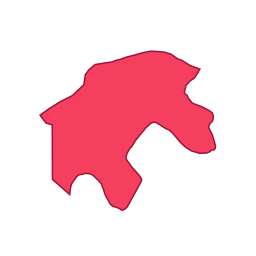 the district of Wuli East, Upper River, Gambia, rotated 334°
{"feature_id": "56634734B89687119950058", "entity_name": "Wuli East", "entity_type": "district", "adm_level": 2, "iso_a3": "GMB", "parent_name": "Gambia", "parent_adm1": "Upper River", "projection": "albers", "projection_center": [-13.986, 13.484], "detail": "fine", "context": "isolated", "style": "filled", "palette": "rose", "viewbox_px": 256, "rotation_deg": 334, "n_neighbors": 0, "source": "geoboundaries", "source_scale": "gbopen_adm2", "svg_char_len": 2327}
<svg xmlns="http://www.w3.org/2000/svg" viewBox="0 0 256 256"><g transform="rotate(334 128 128)"><path d="M46.5,162.2L47.4,160.7L48.5,158.9L49.2,157.9L50.3,156.3L50.7,156.0L52.2,154.0L55.2,152.0L58.4,150.5L59.6,149.6L60.7,149.2L62.8,148.6L64.3,148.9L67.8,149.7L68.3,149.8L69.3,150.0L70.5,150.5L71.4,151.1L71.6,151.2L73.3,152.2L74.5,153.3L74.9,154.0L75.7,155.1L76.5,156.9L77.3,159.4L78.1,161.4L79.6,166.5L79.3,168.6L79.2,171.1L79.1,172.1L78.6,175.3L78.3,177.6L78.2,179.8L78.2,180.3L78.2,181.1L78.5,183.3L78.6,185.8L78.6,187.8L79.0,189.3L79.4,190.4L80.3,192.2L80.8,192.3L83.3,194.8L84.7,196.2L85.9,198.5L86.3,199.0L87.3,199.5L90.3,199.4L92.2,198.8L94.0,197.7L115.4,182.6L116.9,181.4L117.8,179.9L117.7,178.5L117.3,175.4L116.8,173.3L116.6,172.8L115.8,170.0L115.6,169.1L114.1,163.9L112.9,156.1L113.2,153.2L114.3,152.4L115.5,150.8L120.9,147.1L122.9,146.5L131.0,141.5L131.1,141.3L131.4,141.5L144.0,135.7L150.8,133.8L152.7,133.8L153.6,134.0L154.0,134.1L155.9,135.6L157.4,138.1L158.3,139.5L159.2,141.0L162.1,145.8L163.8,147.3L165.8,151.9L166.3,154.0L167.9,160.1L168.9,164.3L169.2,165.1L170.0,167.1L171.2,170.2L172.5,172.4L174.8,176.2L179.0,180.0L181.3,182.4L181.9,182.4L187.5,184.9L190.9,185.2L192.5,184.6L194.8,184.8L195.9,185.4L197.6,184.4L198.8,182.5L199.2,180.5L200.8,171.0L200.6,163.3L200.8,162.9L201.7,161.6L203.9,159.8L207.3,158.6L208.9,156.5L210.0,154.5L210.3,152.0L210.3,151.2L209.0,148.5L204.8,142.7L203.3,140.8L200.5,137.9L198.2,135.5L198.0,135.3L196.5,133.2L196.3,132.1L196.2,131.7L195.2,127.1L195.5,125.3L195.4,124.9L195.2,124.0L194.4,122.8L194.4,120.4L194.9,119.9L198.6,115.4L198.8,115.1L204.3,113.0L210.1,112.0L218.4,106.6L211.5,99.4L205.6,90.2L203.0,87.7L202.9,87.6L199.0,80.4L194.4,76.2L193.7,75.6L191.9,74.5L191.6,74.3L188.7,72.5L188.0,72.1L181.8,68.8L175.3,67.1L169.8,66.0L169.1,65.9L156.9,63.5L151.2,62.9L150.6,62.8L146.3,61.8L145.7,61.8L145.2,61.8L142.9,61.7L133.0,58.6L132.3,58.4L131.9,58.3L126.2,56.5L118.4,58.5L113.1,61.3L107.3,69.7L107.1,69.8L106.7,69.9L100.3,71.9L92.1,74.5L80.5,74.6L80.4,74.6L79.9,74.6L77.4,74.8L73.8,75.2L69.0,75.7L65.6,76.0L54.8,77.9L54.6,77.9L56.4,87.3L56.5,87.7L61.4,92.0L60.9,92.7L59.3,96.1L51.9,111.4L44.8,126.1L43.0,129.8L42.5,130.7L42.1,131.6L41.6,132.6L37.6,141.0L38.9,144.3L40.6,148.2L40.6,148.3L46.4,162.3L46.5,162.2Z" fill="#f43f5e" stroke="#9f1239" stroke-width="1.5"/></g></svg>